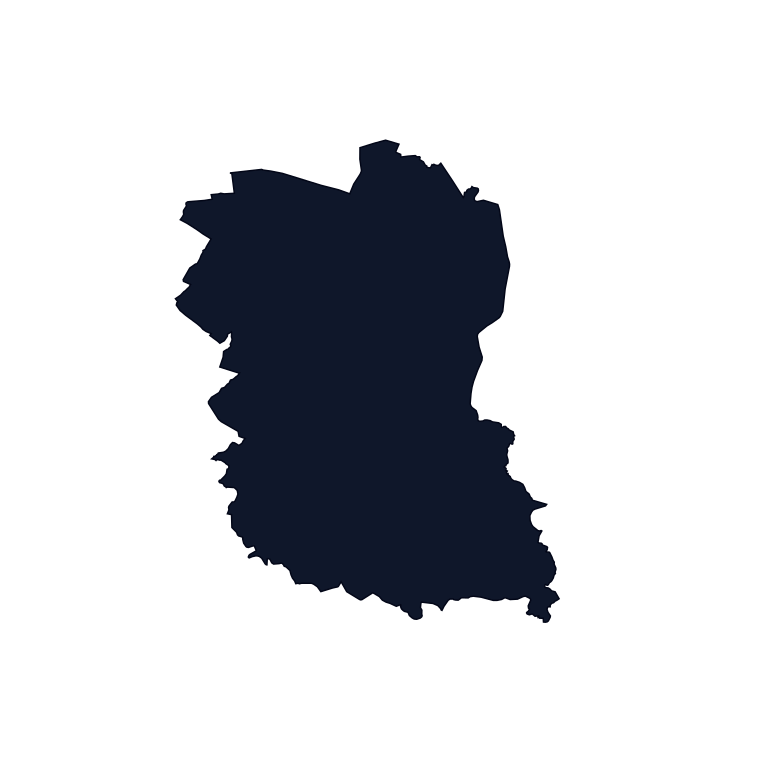 outline of Bien Hoa, Đồng Nai, Vietnam, rotated 211°
{"feature_id": "81297802B63438000976754", "entity_name": "Bien Hoa", "entity_type": "district", "adm_level": 2, "iso_a3": "VNM", "parent_name": "Vietnam", "parent_adm1": "Đồng Nai", "projection": "albers", "projection_center": [106.866, 10.914], "detail": "fine", "context": "isolated", "style": "filled", "palette": "ink", "viewbox_px": 768, "rotation_deg": 211, "n_neighbors": 0, "source": "geoboundaries", "source_scale": "gbopen_adm2", "svg_char_len": 6159}
<svg xmlns="http://www.w3.org/2000/svg" viewBox="0 0 768 768"><g transform="rotate(211 384 384)"><path d="M451.4,192.1L447.4,193.5L440.4,182.6L434.0,181.0L431.9,179.3L430.4,178.9L426.9,179.8L426.1,179.6L424.8,177.8L422.3,175.3L418.6,173.6L417.5,173.5L416.0,174.1L412.7,178.0L411.6,178.3L407.8,175.5L407.8,174.8L411.1,169.0L411.5,167.7L411.2,165.8L410.4,165.5L410.0,165.5L408.1,168.1L405.6,170.5L404.1,171.4L402.1,172.0L399.1,171.7L393.2,168.6L391.8,168.4L391.2,168.7L394.0,173.9L393.4,174.7L391.5,175.0L388.1,172.9L385.9,172.8L381.4,176.0L379.8,177.6L378.7,177.8L377.1,177.3L375.7,176.4L373.7,176.8L368.6,175.7L365.3,172.5L362.5,170.5L359.0,169.1L356.8,167.4L355.1,168.9L353.6,169.2L352.0,170.8L343.4,175.9L341.2,176.2L336.7,175.9L331.2,173.5L322.9,182.8L319.2,186.3L318.9,187.0L318.9,192.4L309.0,186.8L294.5,186.7L293.1,186.8L291.9,187.7L286.1,199.3L278.5,199.4L274.1,197.9L269.9,198.1L265.8,199.1L259.0,199.8L256.2,203.3L255.8,203.3L255.2,201.8L253.3,200.3L251.4,199.8L249.5,199.6L245.8,200.7L243.0,198.6L239.4,198.0L237.1,198.1L234.8,199.2L232.4,202.0L231.8,203.6L231.9,204.9L233.2,206.3L235.1,209.7L237.5,211.0L239.4,214.9L239.6,216.3L229.0,221.1L223.7,221.8L219.7,220.6L218.5,219.7L217.7,219.8L218.1,224.3L217.6,231.8L216.6,233.7L214.0,235.3L213.2,235.1L211.4,235.7L209.0,237.0L207.5,240.7L201.7,244.0L200.6,246.1L198.2,248.1L191.0,251.3L178.9,254.8L175.6,256.8L172.2,259.9L170.5,262.8L169.7,263.3L164.9,264.2L158.7,268.4L155.3,273.4L153.6,275.0L148.7,275.4L147.8,275.2L146.9,274.3L146.1,268.1L144.7,266.3L143.5,266.0L143.3,265.6L143.3,263.4L144.0,261.8L143.9,261.2L142.9,260.6L140.6,261.0L138.5,263.3L134.9,262.7L132.0,265.1L131.7,264.8L132.1,263.6L131.6,263.2L131.2,264.0L130.0,263.4L126.9,265.2L124.7,262.1L122.9,263.0L121.6,264.2L121.1,265.6L121.4,269.5L121.9,270.9L125.9,272.8L127.3,274.0L128.3,274.9L128.7,276.6L128.5,277.7L126.8,278.6L127.6,280.0L127.4,282.3L126.0,283.9L125.4,286.3L124.6,287.3L123.3,290.1L130.3,294.0L133.8,293.0L136.1,293.7L138.1,293.8L140.9,292.6L142.2,293.4L142.5,295.1L142.0,295.6L140.9,295.4L140.2,295.7L139.8,296.6L139.9,298.9L139.2,300.3L138.9,301.9L139.0,305.0L139.8,307.7L139.5,309.9L140.5,310.8L141.1,313.5L142.0,314.8L145.4,317.2L146.3,319.0L148.3,320.0L151.0,322.2L155.2,324.9L156.0,324.9L158.3,323.6L158.8,323.7L158.8,326.1L159.7,328.2L160.7,328.5L164.9,327.7L165.7,327.8L166.3,328.5L167.3,328.5L169.3,327.5L170.5,327.6L172.9,333.8L173.0,339.3L173.9,339.3L174.8,338.2L176.6,337.6L182.9,338.5L185.2,339.6L188.6,342.4L191.2,346.3L191.6,350.1L191.4,352.5L190.2,354.5L182.8,362.7L182.6,364.6L197.0,360.8L198.4,362.1L200.4,362.5L202.9,364.4L207.0,365.0L210.0,367.5L213.3,369.5L217.2,369.5L221.2,368.6L222.0,368.0L224.6,367.9L226.5,368.4L228.2,369.7L230.7,369.9L231.5,371.1L232.5,370.3L234.2,372.2L233.5,372.4L233.5,372.9L235.2,372.7L235.7,374.3L236.3,374.6L238.2,374.7L238.3,375.7L237.5,376.7L237.9,378.6L237.1,379.6L237.3,380.7L238.7,382.9L241.6,385.6L242.6,387.0L243.6,390.4L245.5,392.3L245.0,395.0L245.6,397.3L245.0,398.2L243.2,398.4L242.8,399.1L244.0,401.0L244.0,403.8L245.7,405.4L245.8,406.3L245.4,406.9L246.9,407.6L248.6,409.5L253.0,409.1L254.4,409.6L255.9,409.5L257.9,410.2L259.4,409.3L260.0,408.0L260.7,407.4L261.5,407.8L262.7,409.8L265.7,409.8L271.5,407.4L274.1,407.3L277.2,406.2L279.1,405.0L280.3,403.1L282.8,401.3L284.4,401.1L285.6,402.1L286.3,403.8L287.7,405.6L291.3,408.6L296.6,409.2L298.6,410.2L300.0,411.5L304.6,420.8L306.9,426.5L308.6,432.3L310.8,443.8L312.2,454.7L313.7,457.7L321.5,464.6L328.5,472.7L329.4,474.8L329.2,477.1L325.7,486.8L322.8,492.4L319.4,500.2L319.2,501.9L319.7,507.5L329.1,527.8L337.1,549.6L338.1,551.4L339.7,553.2L343.6,556.6L350.3,564.3L358.0,572.2L374.8,592.8L378.9,596.4L393.4,592.7L398.1,588.3L399.7,587.9L400.7,588.0L401.9,588.9L402.8,591.1L402.3,596.9L402.7,598.5L403.7,599.8L404.9,599.9L408.5,598.4L410.3,598.5L410.2,596.4L410.8,595.4L412.0,594.6L412.7,592.7L412.1,591.2L413.6,589.7L412.0,585.8L412.1,584.6L429.6,593.3L449.0,602.5L449.9,599.3L452.3,598.2L454.4,598.0L454.4,597.0L455.8,596.8L455.5,593.2L458.2,591.9L458.9,591.8L459.4,592.8L461.5,592.9L464.6,594.7L469.1,594.7L469.8,596.9L470.6,597.1L472.7,595.7L474.8,595.9L480.6,591.8L486.4,587.2L488.0,589.4L492.3,588.8L493.6,589.1L494.7,597.3L508.2,593.8L516.1,585.6L526.3,574.2L520.4,564.2L513.5,555.7L512.9,554.5L512.5,551.6L512.9,539.8L511.3,529.4L522.8,527.1L540.2,521.9L579.6,512.2L590.9,508.1L597.6,505.2L599.4,504.9L624.7,485.6L622.7,485.9L610.5,470.4L619.0,464.6L622.2,463.4L623.9,461.5L629.6,457.3L626.4,453.9L632.5,448.8L645.1,439.8L646.2,438.9L646.9,437.4L646.5,436.3L645.0,434.8L645.2,429.6L644.6,428.2L643.0,426.2L642.9,423.5L643.2,419.9L635.9,420.3L624.2,420.0L616.4,419.4L606.9,419.3L606.9,410.2L606.5,407.7L607.9,405.1L607.0,403.9L607.0,400.3L606.3,396.5L606.1,391.9L606.3,390.6L607.4,389.7L610.2,383.4L609.9,370.0L608.7,368.7L601.0,369.7L601.0,365.9L601.5,365.2L602.3,361.7L603.1,360.0L604.1,355.3L606.7,349.7L603.1,348.3L602.9,348.0L603.4,347.0L602.7,344.7L596.7,342.0L589.5,340.8L575.1,339.4L570.3,338.6L567.3,337.6L563.5,337.4L558.0,338.2L558.3,335.9L548.6,335.0L545.7,334.4L543.2,338.9L542.9,344.3L543.8,346.2L541.6,350.1L541.0,349.5L539.1,345.9L537.4,344.3L536.6,342.4L536.3,338.9L535.0,337.8L534.7,336.6L535.3,335.5L535.6,333.6L536.6,332.5L538.2,329.2L535.7,324.1L533.5,314.0L515.1,318.4L513.5,319.1L513.7,315.6L514.4,314.5L515.7,310.4L517.6,308.3L517.2,304.5L518.1,303.4L518.9,299.0L521.0,296.6L520.9,291.7L525.0,283.8L525.4,278.5L524.3,276.9L507.7,268.6L504.1,267.9L484.7,268.3L481.3,264.5L475.0,265.8L475.4,262.9L475.2,260.0L476.7,256.6L481.8,256.6L483.7,255.8L484.4,252.9L484.2,248.4L485.1,244.9L486.5,242.8L490.5,239.5L490.4,238.2L491.0,237.3L491.0,236.5L491.6,235.0L492.6,234.3L492.3,233.4L493.1,231.1L490.0,232.2L488.6,231.9L488.5,232.6L487.3,233.8L486.1,233.9L484.4,234.8L479.3,234.7L478.8,234.3L475.0,234.1L473.8,232.3L474.0,230.7L474.6,230.1L472.9,225.9L473.1,223.1L474.6,217.1L475.3,216.9L475.5,216.2L475.2,215.3L474.0,214.8L472.1,215.4L470.3,215.6L468.4,214.3L466.5,214.3L465.9,214.0L465.1,215.0L459.0,218.1L455.0,217.2L452.5,214.4L451.8,211.1L451.4,206.9L452.0,205.4L453.4,204.7L454.0,199.5L453.7,198.2L452.1,196.2L451.4,192.1Z" fill="#0f172a" stroke="#020617" stroke-width="1.5"/></g></svg>